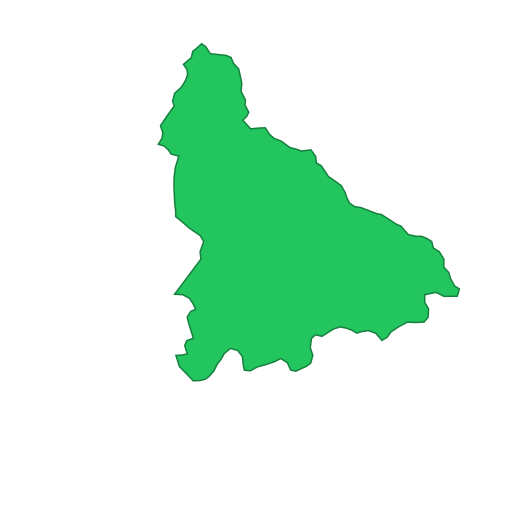 Pontes Gestal, São Paulo, Brazil (Albers equal-area conic projection), rotated 130°
{"feature_id": "56859067B2303319496016", "entity_name": "Pontes Gestal", "entity_type": "district", "adm_level": 2, "iso_a3": "BRA", "parent_name": "Brazil", "parent_adm1": "São Paulo", "projection": "albers", "projection_center": [-49.756, -20.178], "detail": "fine", "context": "isolated", "style": "filled", "palette": "green", "viewbox_px": 512, "rotation_deg": 130, "n_neighbors": 0, "source": "geoboundaries", "source_scale": "gbopen_adm2", "svg_char_len": 2162}
<svg xmlns="http://www.w3.org/2000/svg" viewBox="0 0 512 512"><g transform="rotate(130 256 256)"><path d="M337.6,293.8L332.7,287.2L331.2,279.8L333.0,273.6L335.7,268.0L340.4,270.4L347.1,269.4L351.5,263.3L355.9,256.4L359.2,251.1L365.3,254.6L370.5,253.0L375.2,245.7L379.8,249.3L383.6,253.5L387.1,247.9L389.9,243.7L390.8,234.3L392.0,224.0L387.6,219.0L382.9,215.6L377.9,214.5L371.1,214.4L364.1,216.1L357.4,216.4L351.2,217.6L343.3,216.3L340.1,209.2L341.8,201.8L347.8,195.5L351.0,191.5L347.6,186.6L340.2,183.7L334.0,179.4L325.5,174.1L318.7,171.2L317.6,163.4L321.1,156.0L318.6,151.4L312.9,148.8L308.2,146.5L303.0,145.2L295.6,148.6L291.4,155.4L283.6,160.5L278.2,159.9L275.1,153.8L269.4,152.0L261.9,149.6L256.3,146.0L253.0,140.1L251.1,134.3L250.3,129.2L246.1,126.5L240.9,121.9L238.2,114.6L239.7,105.3L234.0,103.3L227.2,103.8L218.8,101.3L209.5,97.6L204.3,91.0L198.6,84.8L192.3,84.8L185.6,89.8L183.1,96.9L177.3,101.9L168.1,94.7L166.1,86.1L157.5,76.0L150.5,79.0L151.3,84.6L148.3,92.4L144.8,97.6L143.8,105.0L137.7,110.0L134.9,118.3L135.9,125.4L132.0,130.6L132.7,136.1L134.4,141.7L137.9,145.9L141.7,153.0L140.9,158.8L139.9,163.9L141.4,168.8L142.1,174.9L142.8,179.9L143.6,186.6L146.0,190.7L148.3,197.6L151.5,206.8L154.8,212.3L155.3,218.4L152.8,224.2L150.1,228.4L147.3,235.9L147.9,244.5L148.6,251.6L146.8,257.4L144.9,264.3L145.9,269.6L141.4,274.3L139.4,282.2L146.4,288.6L148.4,294.1L151.1,299.7L151.8,310.4L154.3,318.0L154.1,323.8L151.8,331.2L155.8,335.7L162.0,341.8L161.2,348.1L160.4,353.4L155.0,352.9L150.6,353.9L147.4,361.6L143.4,364.2L139.5,373.1L132.6,378.2L127.4,384.8L123.9,389.5L122.9,397.1L120.0,402.7L121.6,407.9L130.4,421.1L127.9,429.3L128.4,434.1L135.3,435.0L139.9,436.0L145.7,433.0L155.8,434.8L157.5,428.8L160.9,425.1L166.4,422.9L174.6,421.7L183.5,422.9L190.9,419.5L193.6,415.1L206.7,414.1L217.6,412.9L221.5,406.6L226.1,403.7L233.2,402.7L230.8,397.1L231.0,391.6L232.5,386.6L229.1,379.4L235.4,376.6L240.0,374.7L248.2,369.4L253.3,365.3L256.9,362.3L263.1,356.5L269.3,350.8L272.5,347.1L277.4,342.8L277.3,333.3L277.5,326.2L277.0,319.4L276.2,311.8L278.5,305.4L284.2,303.2L288.8,301.5L293.8,296.2L337.6,293.8Z" fill="#22c55e" stroke="#15803d" stroke-width="1.5"/></g></svg>